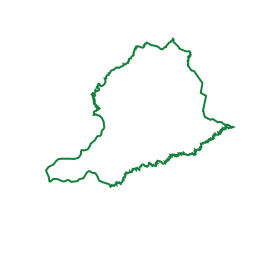 Sap Yai, Chaiyaphum, Thailand (Robinson projection), rotated 324°
{"feature_id": "78962969B56602789101546", "entity_name": "Sap Yai", "entity_type": "district", "adm_level": 2, "iso_a3": "THA", "parent_name": "Thailand", "parent_adm1": "Chaiyaphum", "projection": "robinson", "projection_center": [101.638, 15.614], "detail": "fine", "context": "isolated", "style": "outline", "palette": "green", "viewbox_px": 256, "rotation_deg": 324, "n_neighbors": 0, "source": "geoboundaries", "source_scale": "gbopen_adm2", "svg_char_len": 5951}
<svg xmlns="http://www.w3.org/2000/svg" viewBox="0 0 256 256"><g transform="rotate(324 128 128)"><path d="M211.7,188.6L213.7,189.1L213.4,188.5L212.4,188.1L211.8,187.3L211.7,186.0L210.2,183.5L208.1,183.2L208.2,181.7L207.3,179.8L207.2,178.4L206.0,177.2L204.0,176.1L201.9,170.6L199.6,169.9L198.8,168.1L198.1,167.4L197.6,165.6L196.6,164.7L197.5,161.5L198.7,159.4L198.5,158.4L210.1,147.9L207.5,142.4L214.6,135.4L214.9,121.0L214.6,120.2L213.5,119.4L213.3,118.8L213.0,116.6L213.4,114.0L213.0,113.0L214.0,111.6L214.4,111.7L215.4,109.8L216.1,109.4L215.7,108.9L217.4,107.9L218.1,106.7L218.5,106.8L218.6,106.0L219.1,106.2L219.2,105.6L219.4,105.6L220.4,106.5L220.8,105.6L221.7,105.6L221.5,105.0L222.7,103.9L222.5,103.3L222.9,102.2L219.8,99.9L216.2,94.0L216.6,92.2L215.7,86.6L215.2,85.6L215.8,84.2L216.7,83.7L217.0,82.8L216.8,82.3L216.2,82.9L213.9,83.0L213.1,83.4L210.9,83.0L209.6,83.8L207.7,83.8L206.4,85.0L205.4,84.2L202.2,84.6L201.1,83.5L199.7,79.4L199.0,78.3L195.4,74.4L193.4,69.9L192.1,70.0L191.6,70.5L191.1,70.0L190.1,70.5L189.4,70.4L189.2,71.6L187.6,71.8L186.7,71.3L184.1,67.6L182.6,66.9L182.4,67.5L181.7,67.5L181.8,68.1L180.2,68.1L180.1,68.6L179.7,68.2L177.7,69.9L177.3,69.9L175.7,71.4L175.9,71.8L175.4,72.4L172.8,72.4L171.3,73.4L169.9,72.7L169.1,72.9L168.6,73.3L168.4,74.3L167.1,74.4L166.5,75.4L164.4,74.7L163.5,75.1L162.6,74.6L162.0,73.6L161.5,74.6L160.6,74.8L159.5,74.4L156.4,74.2L156.0,73.5L155.0,73.3L154.2,72.2L150.9,72.5L148.0,71.6L145.7,72.9L144.5,72.3L143.5,73.7L142.7,73.1L141.7,73.1L139.9,74.1L139.6,75.0L138.2,74.3L138.1,75.4L136.8,77.6L134.6,78.7L131.8,78.8L130.9,78.3L130.5,77.8L130.7,75.7L130.3,75.0L129.9,75.0L129.2,75.3L128.8,76.3L127.2,76.2L126.4,76.9L126.4,77.3L127.7,78.5L127.0,80.3L124.3,79.9L124.0,78.0L123.4,78.4L123.2,79.3L121.7,80.1L120.7,79.9L120.1,79.1L118.3,79.5L118.4,80.0L120.4,80.7L120.8,82.0L120.4,82.5L119.6,82.4L118.7,82.8L118.5,81.8L117.7,82.1L117.9,85.0L117.2,85.2L116.7,84.8L116.2,86.1L116.9,86.6L117.0,87.0L116.5,87.4L115.6,87.0L115.3,87.9L114.7,88.4L115.7,89.4L115.7,91.2L114.5,91.1L114.3,91.5L115.1,92.0L115.0,92.7L116.1,92.9L115.4,94.6L115.8,95.1L116.5,95.1L116.4,95.6L115.3,95.3L114.7,95.5L114.7,95.0L114.2,95.1L114.0,94.5L112.1,95.5L111.6,95.0L110.0,94.9L108.7,96.8L107.9,97.1L108.4,97.7L110.0,97.9L110.9,100.0L112.1,101.2L112.8,104.6L111.7,109.4L110.6,110.6L110.0,112.3L109.1,113.6L108.0,114.3L105.2,114.9L104.2,115.6L103.5,116.8L101.6,117.9L100.4,117.9L98.6,116.7L97.8,116.8L93.9,118.5L88.3,118.8L86.4,120.4L84.9,120.5L84.5,121.1L82.6,121.6L79.3,120.3L77.5,118.6L76.2,119.4L74.7,121.5L71.6,122.7L70.3,122.9L65.7,121.2L64.9,120.2L55.5,113.3L53.1,112.3L50.8,112.4L46.4,113.7L40.8,112.8L36.7,114.2L35.1,121.1L33.1,125.0L33.9,125.7L37.6,125.4L38.9,126.2L41.1,128.2L43.9,132.9L45.3,133.8L48.7,134.7L49.5,135.5L50.3,138.2L55.9,141.3L58.1,140.7L62.4,142.4L68.8,139.8L71.1,140.0L72.0,141.1L72.4,142.8L75.0,145.4L74.9,148.8L73.7,153.4L75.9,157.3L79.7,162.4L79.4,165.2L80.1,165.1L80.5,165.4L81.3,165.4L81.5,164.9L82.8,166.7L83.1,166.6L83.2,166.0L84.9,166.2L85.2,167.2L86.2,165.2L86.6,165.1L86.7,165.9L87.7,166.1L87.7,166.8L89.1,167.0L88.9,168.0L89.2,169.0L90.0,168.3L90.9,168.5L93.0,167.2L93.5,167.6L93.8,166.8L94.4,166.8L94.6,165.7L96.1,165.5L96.7,166.1L97.2,165.3L98.2,164.8L98.1,163.6L99.2,163.4L100.0,163.7L99.8,163.1L100.1,162.8L101.0,163.4L101.0,164.4L103.1,164.8L103.6,164.4L103.5,164.9L105.2,165.7L105.3,165.1L106.5,165.0L107.0,164.4L107.6,164.7L107.9,164.0L108.4,164.6L110.4,165.1L109.8,165.4L109.9,166.7L110.6,166.0L111.8,166.0L112.6,168.5L114.3,166.5L115.5,166.4L116.2,166.9L116.6,166.1L117.9,165.8L119.1,166.6L119.2,168.6L120.2,169.1L120.0,169.6L120.8,170.7L123.0,170.1L123.7,169.1L123.6,168.6L124.0,169.1L124.4,168.6L125.4,169.8L125.4,170.6L124.6,170.3L125.1,170.8L125.3,172.5L126.7,172.7L126.2,173.4L127.0,173.5L128.2,175.2L129.4,174.1L130.1,174.1L129.5,173.5L129.8,172.7L130.4,172.8L130.9,172.4L131.3,173.0L132.0,172.0L132.7,171.8L133.2,172.7L134.0,173.3L133.9,173.8L134.4,173.9L135.1,175.1L135.0,176.6L135.3,177.4L136.7,178.1L137.2,177.9L137.4,178.4L137.9,177.8L138.3,177.9L138.3,177.1L138.6,177.4L139.0,177.2L139.0,177.7L139.3,177.9L139.6,177.7L139.5,177.2L140.1,176.9L140.1,177.3L141.5,177.8L141.9,177.1L142.0,177.7L142.5,177.8L143.6,177.3L143.8,176.6L144.5,176.7L144.6,175.9L145.2,176.5L145.2,176.8L145.5,176.2L146.1,176.8L146.6,174.8L147.7,176.1L148.3,175.6L148.6,176.2L149.0,176.3L148.7,176.8L149.4,177.2L149.4,177.8L150.2,177.3L151.0,177.9L151.2,178.3L150.4,179.0L150.7,179.5L151.6,179.1L152.4,179.9L152.7,179.4L152.2,179.3L152.7,179.0L153.8,179.6L154.0,178.2L155.0,178.8L155.0,179.5L156.2,179.4L156.3,179.9L155.6,180.0L155.7,181.0L156.6,180.6L157.2,181.3L158.4,180.5L158.5,181.3L158.0,182.1L158.7,182.4L159.4,184.0L160.0,184.1L160.8,185.4L161.4,185.3L162.3,185.9L162.9,185.5L163.9,186.1L164.8,186.1L164.4,186.7L164.9,187.2L165.4,186.9L165.8,187.4L165.8,188.6L166.4,188.6L166.7,189.1L167.1,189.0L166.7,188.6L166.7,188.1L168.5,187.3L168.0,186.6L168.2,185.8L168.5,185.5L169.1,185.7L169.5,184.9L170.1,186.5L172.7,186.4L172.1,186.6L172.7,187.9L173.2,188.1L174.0,187.7L173.9,186.8L174.3,186.4L174.8,187.1L175.5,185.9L175.9,186.1L175.7,186.7L176.4,186.4L177.7,183.6L178.4,184.4L179.5,184.0L179.8,184.7L181.1,184.4L182.1,185.6L182.4,185.5L182.4,184.9L183.5,184.8L183.5,185.8L183.9,186.2L184.5,185.2L185.0,185.5L185.0,186.1L185.4,186.2L186.2,185.0L187.2,185.7L186.9,184.7L188.0,184.9L188.4,185.3L188.9,185.0L189.4,186.0L190.3,186.0L190.0,186.6L190.2,186.8L190.7,186.3L191.5,186.6L191.8,185.6L191.7,184.9L192.5,184.4L193.2,184.8L193.0,184.0L194.0,183.8L194.6,184.3L195.1,183.9L195.1,184.8L197.1,186.7L197.7,186.6L198.1,185.5L198.3,186.2L198.9,186.0L199.4,187.0L200.0,186.7L200.3,186.0L201.4,185.8L200.5,184.8L201.4,184.8L201.6,184.2L203.2,184.1L203.2,185.2L204.2,185.1L204.6,184.1L205.2,185.5L205.9,184.8L206.5,185.8L206.8,185.0L207.5,185.1L208.6,184.5L208.2,185.5L208.8,186.0L209.3,187.3L210.0,187.7L210.8,187.2L210.9,187.6L211.4,187.7L211.7,188.6Z" fill="none" stroke="#15803d" stroke-width="2"/></g></svg>